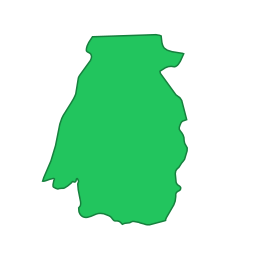 an SVG outline of Naâma, rotated 196°
{"feature_id": "DZA-2149", "entity_name": "Naâma", "entity_type": "Province", "adm_level": 1, "iso_a3": "DZA", "parent_name": "Algeria", "parent_adm1": "", "projection": "orthographic", "projection_center": [-0.771, 33.209], "detail": "fine", "context": "isolated", "style": "filled", "palette": "green", "viewbox_px": 256, "rotation_deg": 196, "n_neighbors": 0, "source": "natural_earth", "source_scale": "10m", "svg_char_len": 2396}
<svg xmlns="http://www.w3.org/2000/svg" viewBox="0 0 256 256"><g transform="rotate(196 128 128)"><path d="M94.9,214.7L96.1,206.6L97.1,203.4L97.8,201.9L99.1,200.3L100.3,199.6L103.4,199.2L106.2,198.1L108.7,196.2L113.0,191.3L111.8,189.3L91.1,173.1L86.3,171.3L83.9,169.2L73.9,152.2L77.1,149.9L77.7,149.3L78.1,148.6L78.4,147.8L78.6,146.9L78.8,144.9L78.9,142.9L78.4,141.0L77.2,139.8L75.0,138.2L73.1,136.4L71.6,134.2L70.6,131.4L69.3,128.9L65.6,125.2L64.9,122.3L65.0,113.5L65.8,111.3L66.8,109.1L68.3,104.1L69.4,102.5L70.3,100.1L70.0,97.2L66.8,89.1L66.0,88.1L64.7,87.1L62.1,86.2L61.0,85.4L60.6,84.0L60.9,82.6L61.7,81.7L62.5,81.0L63.3,80.0L63.8,78.7L63.9,77.8L63.2,75.2L62.5,70.8L62.8,66.7L66.4,52.4L66.6,50.6L66.4,49.5L67.4,48.8L80.6,40.9L83.2,40.2L84.2,40.1L86.4,40.2L90.0,40.1L91.7,40.3L96.6,39.8L97.4,39.6L98.0,39.4L99.0,38.6L99.9,37.7L100.3,37.4L104.8,35.5L105.6,34.9L106.9,33.9L108.8,35.0L109.8,35.5L111.1,35.8L112.7,35.7L114.8,35.1L115.7,35.1L116.5,35.4L117.9,36.3L119.1,37.2L120.5,38.0L122.2,38.4L127.7,38.9L131.1,38.3L133.0,37.6L134.7,36.6L139.3,32.9L142.3,31.0L143.8,30.4L145.2,30.2L146.6,30.2L148.1,30.6L149.5,31.3L150.6,32.2L151.7,33.5L152.2,34.4L153.4,37.6L152.5,39.7L152.4,40.8L152.7,42.5L153.2,43.9L158.8,54.9L160.8,60.1L160.9,61.2L160.8,61.8L160.7,62.7L160.9,63.3L162.2,64.9L162.6,65.3L163.0,65.4L163.3,65.2L163.5,64.8L163.5,64.4L163.5,63.9L163.4,63.1L163.4,62.8L163.5,62.4L163.6,62.1L163.7,61.9L164.2,61.4L164.7,61.3L165.1,61.2L165.8,61.4L166.2,61.4L166.6,61.2L166.8,60.8L167.4,59.5L170.0,55.7L172.3,53.1L172.6,52.8L172.9,52.6L173.6,52.2L175.0,51.8L177.5,50.8L178.2,50.3L178.5,50.1L179.0,50.0L180.8,50.1L183.1,50.6L183.7,50.9L184.0,51.4L184.5,53.1L184.7,55.7L184.8,56.6L184.8,57.1L184.7,57.7L184.6,57.8L184.6,58.0L184.7,58.8L185.1,59.0L185.5,59.0L185.9,58.9L189.1,57.1L192.6,54.6L194.2,53.7L195.4,53.4L195.3,57.1L193.0,75.2L192.8,91.1L194.6,113.0L194.3,119.0L193.7,122.3L189.7,136.1L188.4,141.0L187.8,144.5L187.6,146.3L189.5,162.4L189.4,163.6L188.9,165.5L182.7,182.6L182.5,184.7L182.7,186.6L183.8,188.5L185.0,189.3L186.2,189.6L187.3,189.8L188.3,190.1L189.1,190.6L189.4,191.1L189.6,191.8L189.8,192.8L189.9,194.1L189.9,195.6L189.3,199.4L187.3,205.9L126.9,225.4L123.2,225.8L121.5,225.6L119.1,219.8L118.2,218.2L117.4,217.0L116.6,216.1L115.8,215.3L115.3,214.9L114.6,214.6L113.2,214.1L111.6,213.6L106.7,213.5L96.0,214.8L94.9,214.7Z" fill="#22c55e" stroke="#15803d" stroke-width="1.5"/></g></svg>